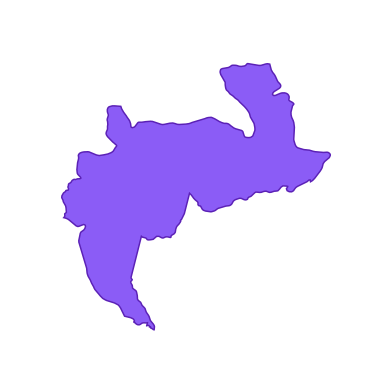 the Department of Ucayali, rotated 104°
{"feature_id": "PER-583", "entity_name": "Ucayali", "entity_type": "Department", "adm_level": 1, "iso_a3": "PER", "parent_name": "Peru", "parent_adm1": "", "projection": "natural_earth1", "projection_center": [-73.422, -9.375], "detail": "fine", "context": "isolated", "style": "filled", "palette": "violet", "viewbox_px": 384, "rotation_deg": 104, "n_neighbors": 0, "source": "natural_earth", "source_scale": "10m", "svg_char_len": 6041}
<svg xmlns="http://www.w3.org/2000/svg" viewBox="0 0 384 384"><g transform="rotate(104 192 192)"><path d="M153.4,79.5L151.7,80.3L152.1,81.4L154.2,82.9L161.1,91.1L162.5,92.3L164.2,93.1L166.2,93.8L167.7,95.3L168.2,97.7L167.7,100.0L166.0,101.2L164.2,100.5L163.4,100.5L163.4,101.6L163.9,104.5L164.2,105.4L165.8,106.8L168.1,107.8L170.1,109.0L170.9,111.0L171.3,112.3L173.0,115.0L173.6,116.5L173.6,117.6L173.3,119.9L173.5,121.1L174.1,122.5L175.6,124.8L176.1,126.4L176.4,128.9L176.7,130.1L177.5,130.9L181.6,133.5L182.2,134.1L183.1,135.4L183.6,135.9L184.1,136.2L185.2,136.3L185.7,136.5L186.4,137.4L186.8,138.5L186.8,139.8L186.3,142.5L186.4,143.6L186.7,144.6L188.9,148.0L189.9,149.0L191.0,149.7L194.0,150.5L195.0,151.1L196.0,152.1L196.5,153.2L197.5,155.8L201.5,162.6L202.3,163.4L204.2,164.9L204.9,165.7L206.4,168.2L206.7,169.2L207.2,174.3L207.0,176.2L206.6,177.3L206.0,178.1L203.6,180.3L203.6,182.0L203.3,182.7L202.6,183.2L201.0,183.6L200.4,184.0L199.8,185.0L198.9,186.9L197.7,188.8L195.0,192.0L193.8,194.1L214.9,194.2L221.3,195.6L222.0,196.2L222.3,196.3L223.1,195.9L224.1,196.1L226.3,196.9L228.4,198.1L229.4,198.5L231.8,198.8L235.0,198.5L236.0,198.8L237.1,199.4L238.5,200.9L239.5,201.6L241.1,201.6L241.4,202.1L241.4,204.5L241.6,205.7L242.0,206.8L243.5,208.7L243.8,209.8L243.6,211.0L243.0,213.3L243.6,215.6L247.3,218.2L248.4,220.7L249.0,222.6L249.1,223.2L249.0,224.0L248.1,225.1L247.8,225.8L247.8,229.1L247.2,230.4L289.4,230.5L290.3,230.2L290.8,229.8L291.3,228.9L292.1,228.9L292.6,229.1L293.5,229.7L294.2,229.7L295.2,229.1L297.0,227.4L299.6,226.4L300.3,225.2L300.8,223.8L301.4,222.5L302.3,221.7L305.8,220.0L309.1,219.0L310.0,218.1L310.4,217.4L311.1,215.9L311.5,215.1L314.1,213.0L315.6,210.5L316.4,209.4L319.1,207.7L320.1,206.8L322.1,204.5L323.2,203.5L326.7,201.3L327.6,200.2L329.5,197.6L330.6,196.5L331.6,195.9L332.6,195.7L334.8,195.4L334.9,196.2L334.3,197.4L334.1,198.4L333.9,199.2L332.9,199.7L333.2,200.6L332.6,200.8L332.1,201.4L332.0,202.2L332.7,203.6L332.3,203.7L331.3,203.5L329.6,203.6L330.1,204.7L330.5,206.7L330.8,207.8L331.4,208.8L333.0,210.2L333.6,211.0L333.9,212.3L333.8,213.4L333.4,214.5L332.6,215.9L332.5,216.6L332.2,217.0L331.9,217.0L331.4,216.6L331.1,216.6L330.1,217.4L329.6,218.0L329.3,218.6L328.8,221.0L328.8,227.4L321.8,233.3L320.2,235.1L319.4,236.3L318.4,240.4L317.9,248.8L317.4,250.9L316.8,252.9L315.1,255.7L310.1,262.6L308.8,263.8L307.9,264.4L304.7,267.4L302.0,269.4L299.0,272.3L296.9,273.7L295.9,274.2L291.4,275.8L268.1,289.6L266.4,290.1L259.1,290.4L257.8,290.1L257.4,289.8L255.2,287.9L254.3,287.5L253.2,287.1L251.3,287.0L250.3,287.4L249.8,288.1L249.8,289.4L252.7,293.5L253.1,294.5L253.0,295.3L252.9,296.2L249.0,304.2L248.4,305.7L248.1,306.9L247.9,308.7L247.9,310.2L247.1,309.8L245.9,309.6L244.5,310.1L243.9,310.2L242.4,309.1L241.9,309.0L241.5,309.2L237.8,310.4L236.0,311.3L232.6,314.5L231.3,315.1L229.5,316.6L229.0,317.0L227.2,317.3L224.9,316.7L224.2,316.5L223.7,316.2L222.4,315.1L222.0,314.8L221.4,314.8L220.9,314.5L220.2,312.8L219.7,312.5L218.7,312.6L217.2,313.6L216.6,313.6L216.0,313.5L214.3,313.7L213.6,313.4L212.4,312.1L211.9,311.8L209.8,311.1L208.5,309.9L208.2,309.3L208.1,308.1L206.9,306.2L206.3,304.2L206.0,303.7L205.5,303.2L204.9,303.5L204.5,303.9L202.6,306.9L202.2,307.3L201.8,307.7L200.1,308.4L198.1,309.1L191.3,310.1L187.5,310.1L186.2,310.3L183.8,311.2L182.3,310.8L181.2,310.0L180.1,308.4L179.3,306.7L178.2,303.0L178.0,301.7L179.2,293.6L179.1,291.4L179.1,290.9L177.3,286.6L175.5,282.9L173.5,280.1L172.7,279.3L171.4,278.3L168.4,277.4L167.2,277.0L166.1,276.4L165.3,276.3L164.7,276.9L162.6,281.1L158.7,287.4L157.3,288.8L156.5,289.3L155.7,289.6L154.2,289.6L151.8,289.2L151.0,289.3L148.6,289.9L147.0,290.0L144.2,290.9L143.2,291.5L142.4,291.8L141.2,291.9L138.2,291.7L137.3,291.9L134.7,293.5L132.6,294.1L131.0,294.0L130.1,293.6L129.3,293.0L127.9,290.5L127.6,289.8L127.1,287.6L126.1,281.8L128.3,280.4L131.1,277.7L134.1,274.1L135.2,273.0L137.4,270.4L138.3,269.6L140.6,268.1L143.0,267.2L143.6,266.9L143.9,266.3L144.0,265.5L143.2,264.0L142.6,263.4L141.8,263.0L138.0,261.4L137.5,261.0L137.1,260.4L136.4,257.5L135.4,255.0L135.0,254.1L133.4,249.3L133.1,247.4L133.8,238.5L133.7,237.0L133.1,235.3L130.6,230.1L129.7,227.3L129.7,225.1L129.9,222.8L129.6,220.8L127.6,214.4L126.4,211.5L125.8,210.5L124.5,208.7L117.6,197.1L116.7,195.9L115.9,194.4L115.1,192.1L114.9,191.3L115.0,190.3L115.5,187.6L117.0,182.5L117.5,179.7L117.6,177.4L117.0,174.8L117.1,173.3L117.5,172.1L118.3,170.5L119.7,167.1L120.1,165.0L120.3,159.0L120.5,158.3L120.7,157.8L121.1,157.3L124.5,155.2L125.5,154.4L125.8,153.8L125.9,153.1L125.8,151.8L125.6,150.5L125.0,148.7L124.7,148.2L123.9,147.4L123.1,146.7L122.5,146.5L117.1,145.9L115.9,146.1L114.3,146.6L110.6,148.3L109.8,149.0L105.2,153.4L102.0,155.2L100.7,156.3L98.2,159.2L96.4,161.8L93.2,167.4L91.9,169.2L91.2,170.7L90.6,172.5L89.1,175.1L88.6,176.2L87.8,178.5L87.4,179.2L85.8,181.1L84.7,183.2L84.0,183.8L82.9,184.5L80.5,185.5L79.3,185.9L77.9,186.2L77.4,186.5L71.1,192.5L69.2,193.6L68.0,193.9L66.2,193.8L65.5,193.2L64.9,192.4L62.4,186.8L61.3,185.5L59.6,184.1L59.2,183.3L58.9,182.3L58.5,180.2L58.4,179.1L58.6,176.8L58.3,174.7L57.1,171.8L56.6,171.0L56.0,170.5L54.3,169.6L53.9,169.0L53.0,157.8L52.8,156.8L52.4,155.6L50.1,151.7L49.3,149.9L49.1,147.5L54.4,144.6L56.5,142.6L58.1,140.5L59.8,138.9L63.4,136.1L64.4,135.1L65.7,133.0L66.5,132.1L67.4,131.6L68.5,131.5L69.3,131.8L70.1,132.2L74.6,136.5L75.4,137.0L76.5,137.5L77.7,137.5L78.3,136.9L78.6,136.1L78.4,135.2L78.0,134.3L75.2,130.6L74.3,129.1L74.0,128.3L73.4,126.0L73.4,124.7L73.6,123.6L74.1,122.5L74.8,121.7L75.8,120.9L77.2,120.5L79.1,120.4L79.6,119.9L80.0,119.2L80.7,116.5L81.2,115.3L81.9,114.5L82.4,114.5L83.9,115.3L90.5,115.3L93.0,114.6L95.4,113.4L98.4,111.0L100.1,110.0L104.4,108.3L116.4,106.0L117.7,105.4L121.0,103.4L122.0,102.6L122.7,101.8L123.2,101.0L123.5,100.1L123.6,99.1L123.8,93.7L123.0,88.2L123.2,84.3L123.1,82.2L121.8,74.0L120.7,70.5L120.7,69.3L121.2,68.0L121.8,67.2L122.5,66.8L123.3,66.7L125.4,67.1L130.4,70.7L132.8,71.6L136.5,71.6L137.9,71.8L140.5,72.6L149.1,76.3L151.5,77.7L152.1,78.2L153.4,79.5Z" fill="#8b5cf6" stroke="#5b21b6" stroke-width="1.5"/></g></svg>